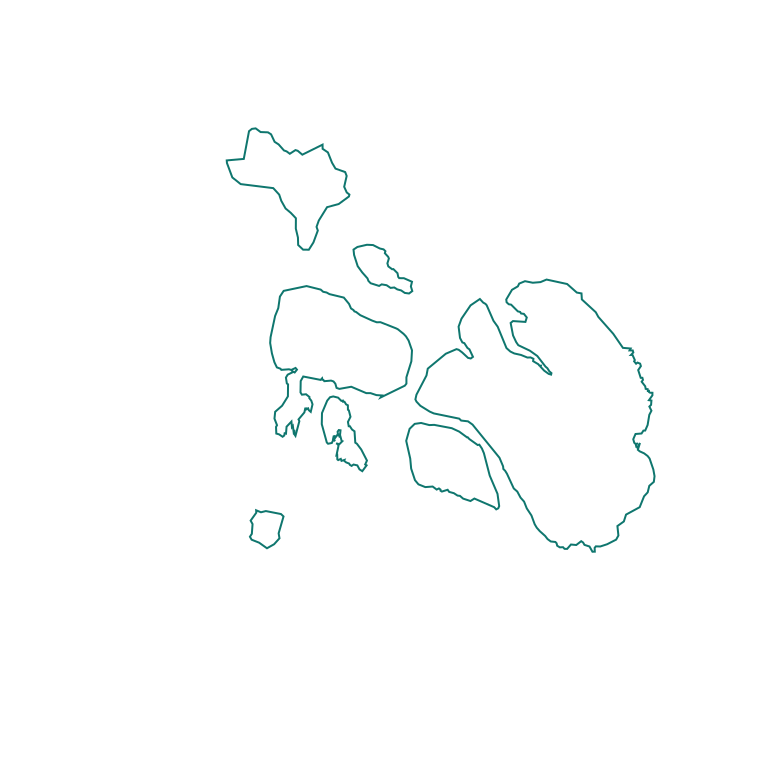 outline of Skjervøy nor, Troms, Norway, rotated 135°
{"feature_id": "86288312B92584171254866", "entity_name": "Skjervøy nor", "entity_type": "district", "adm_level": 2, "iso_a3": "NOR", "parent_name": "Norway", "parent_adm1": "Troms", "projection": "albers", "projection_center": [20.765, 70.027], "detail": "fine", "context": "isolated", "style": "outline", "palette": "teal", "viewbox_px": 768, "rotation_deg": 135, "n_neighbors": 0, "source": "geoboundaries", "source_scale": "gbopen_adm2", "svg_char_len": 6172}
<svg xmlns="http://www.w3.org/2000/svg" viewBox="0 0 768 768"><g transform="rotate(135 384 384)"><path d="M329.9,109.8L325.4,111.1L319.4,118.5L311.6,117.2L305.2,120.5L290.3,116.1L279.5,120.7L274.2,120.9L268.4,124.4L262.4,124.0L257.9,127.5L254.0,133.1L248.9,143.5L248.5,146.7L249.1,151.0L250.8,155.6L251.0,158.0L244.7,161.3L249.9,159.7L249.5,161.1L249.9,161.3L248.5,163.6L246.4,162.2L248.5,163.8L248.6,165.5L246.8,168.7L241.5,170.8L236.9,166.9L233.5,167.6L232.2,166.4L226.6,168.6L218.2,174.6L213.8,176.0L212.3,180.4L209.9,180.4L206.6,183.2L208.1,185.2L202.2,186.2L200.4,188.0L202.0,189.7L202.3,190.8L201.5,191.8L202.4,192.5L201.2,193.9L202.4,195.5L200.9,197.7L200.2,203.4L198.0,203.8L196.9,205.7L198.1,206.9L194.4,214.1L189.7,215.0L188.5,217.3L189.6,219.9L191.4,220.1L191.1,223.2L189.7,223.6L187.7,228.9L188.8,229.9L185.4,230.0L184.4,231.8L186.6,234.1L184.5,234.7L189.5,240.6L186.4,257.4L185.0,279.9L183.5,285.0L184.3,303.9L180.3,308.4L183.0,312.3L183.8,325.2L195.2,342.9L201.3,345.4L207.2,350.4L211.6,357.0L217.4,359.4L220.3,358.4L226.9,360.1L237.8,357.3L239.5,355.1L239.4,352.2L238.0,350.2L238.0,340.7L236.8,338.7L237.2,336.9L235.5,334.7L236.0,330.1L240.1,327.9L248.3,337.3L251.3,337.6L258.4,327.1L260.9,320.2L261.6,316.5L257.3,304.4L255.8,295.4L257.5,282.1L257.3,279.7L258.1,276.0L257.9,273.3L259.2,272.5L260.4,274.7L261.3,280.2L261.1,285.5L260.1,286.0L261.1,287.0L260.9,288.9L262.4,294.7L260.5,296.2L261.6,299.2L263.9,301.3L266.6,307.7L270.3,313.5L271.7,317.6L272.0,322.8L263.1,344.1L261.9,351.3L255.7,367.1L255.6,368.9L256.3,371.5L256.1,376.3L267.2,378.4L283.0,375.4L290.7,371.8L297.7,362.8L299.2,358.0L298.3,356.1L299.5,350.5L299.1,348.1L301.9,340.3L304.6,340.7L306.1,343.0L306.4,351.1L307.0,355.4L308.1,357.4L318.9,361.7L342.2,363.9L347.9,360.0L368.6,353.5L372.7,350.9L373.5,348.6L373.7,342.9L371.2,332.2L369.6,328.0L355.3,306.3L355.3,303.6L351.0,298.2L350.1,292.7L354.5,250.2L358.0,241.6L359.7,239.5L359.7,237.0L360.5,233.6L366.1,218.4L365.8,213.7L367.8,207.1L368.1,201.8L371.0,195.1L372.7,186.8L376.6,178.3L377.6,174.4L377.9,169.7L377.5,162.6L378.0,158.7L377.4,154.7L374.5,151.1L374.6,149.3L375.9,147.2L375.2,144.2L372.8,142.0L372.9,139.8L371.1,137.9L365.3,138.3L361.9,134.2L355.7,133.4L355.3,131.1L356.0,128.5L353.6,123.8L355.2,118.0L353.5,116.4L350.9,119.2L349.0,119.4L346.0,116.2L339.5,112.9L329.9,109.8ZM395.8,376.8L370.5,368.1L367.9,368.4L363.4,372.9L348.6,380.7L340.4,388.0L335.9,397.3L334.8,402.1L334.7,405.4L335.5,413.0L336.2,415.0L342.8,430.2L345.5,432.8L347.5,437.1L352.1,449.4L352.8,454.6L353.6,456.3L353.3,457.8L353.9,460.8L352.1,465.3L351.3,473.5L359.0,486.1L359.9,489.3L361.8,492.2L362.0,495.5L369.5,508.0L389.1,520.8L395.8,519.4L405.1,512.4L412.9,509.1L431.1,497.3L435.5,493.5L441.6,484.9L446.1,476.9L448.0,471.5L446.4,468.0L446.6,466.6L440.8,461.6L439.6,459.5L439.8,458.1L439.3,459.4L435.2,457.9L435.4,455.7L439.0,455.3L439.8,457.9L439.9,456.8L445.5,458.7L448.8,457.9L452.3,453.1L452.1,451.6L460.7,443.2L471.4,440.7L480.6,441.3L485.9,437.0L488.8,430.5L490.7,430.0L495.2,425.1L493.8,422.6L493.0,418.4L491.0,418.1L489.1,419.4L488.4,418.2L483.1,422.7L476.0,422.9L479.6,418.6L478.1,418.8L481.5,414.4L479.8,415.0L482.9,412.0L483.3,409.9L470.1,417.6L469.5,419.4L460.4,420.2L457.0,422.4L456.1,421.6L456.6,420.9L454.9,420.4L455.7,418.7L455.5,416.1L448.9,420.2L447.2,423.6L446.8,426.8L445.9,427.5L446.4,431.9L449.6,434.5L449.0,437.1L440.8,445.0L435.8,446.4L425.9,431.7L423.7,431.8L424.5,430.5L424.0,429.7L424.2,428.2L419.0,423.8L417.9,421.5L418.2,418.6L420.3,414.8L419.0,412.1L409.1,405.2L403.0,390.1L400.0,387.1L397.2,381.5L393.5,377.3L395.8,376.8ZM337.1,653.3L338.8,651.3L345.2,637.3L344.0,626.7L323.8,600.8L324.2,592.0L327.1,586.2L329.5,577.7L328.9,570.9L329.1,563.5L336.5,556.2L341.3,548.4L346.4,543.0L346.2,536.2L342.2,532.1L333.8,534.0L322.3,539.3L320.6,542.8L314.5,545.7L299.2,549.3L288.8,543.3L276.2,541.4L274.5,542.4L274.9,545.8L272.7,551.6L263.3,557.5L261.6,561.3L266.0,570.6L264.3,577.2L259.9,587.4L261.1,593.7L258.2,596.7L279.6,603.9L280.1,609.9L281.2,612.0L287.8,613.4L288.4,617.4L289.6,619.9L289.1,627.9L290.1,632.6L287.3,640.4L288.1,644.0L293.1,649.4L294.0,655.5L297.0,657.8L300.7,658.2L324.0,642.3L337.1,653.3ZM419.1,267.0L413.8,264.2L414.2,261.6L411.8,257.4L410.9,253.1L409.4,251.2L409.1,247.0L405.6,240.1L401.1,239.1L393.2,219.0L393.3,216.0L391.1,215.3L388.9,216.2L381.4,226.1L374.0,244.5L362.3,264.4L360.4,269.1L359.5,273.7L360.9,274.6L362.6,284.8L362.5,287.2L363.0,287.5L364.5,297.2L367.3,304.8L377.4,319.6L381.0,322.9L385.3,330.2L390.5,334.1L397.6,334.2L408.5,328.1L418.2,312.7L424.6,305.0L430.1,294.1L430.6,288.7L427.7,281.9L422.1,277.1L421.4,272.1L419.0,271.3L418.7,269.4L419.5,268.6L419.1,267.0ZM462.5,348.6L460.4,345.3L461.7,341.0L461.0,337.7L453.8,338.8L454.2,340.4L450.2,341.9L446.4,353.8L445.4,361.0L445.8,362.8L438.3,371.4L438.8,374.4L438.0,378.3L438.8,379.1L436.3,382.7L430.9,384.5L427.5,390.2L427.7,391.3L424.6,394.5L425.2,396.4L424.5,399.4L425.5,400.4L424.8,401.3L426.1,402.2L426.1,406.8L428.7,411.1L431.5,412.8L435.9,412.4L448.4,407.3L456.4,399.6L465.8,383.1L465.8,381.3L462.6,379.2L459.3,380.4L459.1,378.3L458.7,379.4L459.1,381.0L456.6,382.6L455.8,382.1L456.8,380.4L453.2,381.0L452.5,379.4L451.5,380.2L452.2,381.0L450.5,383.1L448.5,383.4L447.5,382.0L452.3,378.1L451.8,377.9L454.2,373.7L453.9,373.0L459.4,373.0L458.8,374.2L459.8,375.9L459.2,374.0L460.0,372.4L468.0,367.2L467.3,366.9L470.3,363.7L470.2,362.6L467.5,361.6L468.4,359.7L465.7,358.3L466.5,358.0L466.2,355.3L464.9,352.4L465.3,351.0L464.8,349.0L462.5,348.6ZM310.5,500.6L313.9,496.4L319.3,485.9L320.5,478.3L321.0,470.3L322.1,468.0L322.2,464.7L318.1,456.8L315.2,456.1L312.3,452.0L311.4,447.3L308.5,445.0L307.7,441.5L305.7,438.0L304.9,433.7L302.3,430.3L298.3,429.7L296.0,434.0L291.9,436.5L295.1,444.7L298.4,448.1L298.2,449.7L296.1,452.8L296.1,458.6L297.1,459.4L297.8,464.1L296.3,466.9L291.8,469.3L291.1,471.0L290.9,475.9L289.1,476.9L289.1,479.5L291.1,482.7L293.5,490.0L297.6,494.5L305.9,499.7L310.5,500.6ZM565.3,383.3L574.9,381.7L576.0,377.9L583.4,371.5L586.8,370.8L587.7,367.5L584.5,360.1L582.9,350.6L575.0,348.4L567.0,348.8L564.1,352.9L548.7,361.4L548.8,364.9L557.4,377.7L561.7,380.3L563.7,385.1L565.3,383.3Z" fill="none" stroke="#0f766e" stroke-width="2"/></g></svg>